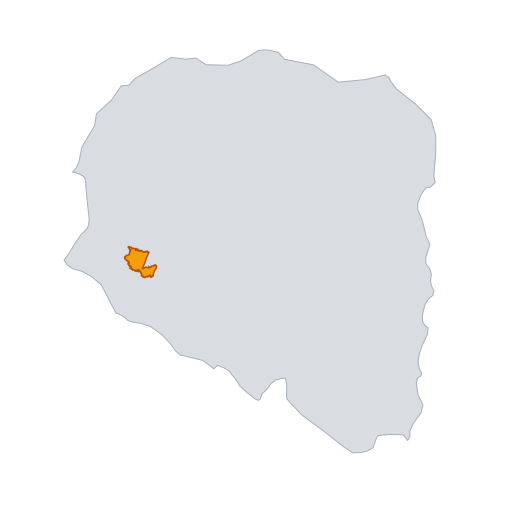 Arbolito, Cerro Largo, Uruguay (highlighted), rotated 174°
{"feature_id": "84410073B155313044366", "entity_name": "Arbolito", "entity_type": "district", "adm_level": 2, "iso_a3": "URY", "parent_name": "Uruguay", "parent_adm1": "Cerro Largo", "projection": "mercator", "projection_center": [-54.143, -32.623], "detail": "fine", "context": "in_parent", "style": "filled", "palette": "amber", "viewbox_px": 512, "rotation_deg": 174, "n_neighbors": 0, "source": "geoboundaries", "source_scale": "gbopen_adm2", "svg_char_len": 6497}
<svg xmlns="http://www.w3.org/2000/svg" viewBox="0 0 512 512"><g transform="rotate(174 256 256)"><path d="M429.6,358.6L426.1,361.8L422.3,367.9L417.8,382.5L402.8,402.6L399.8,414.1L383.6,426.0L372.2,439.4L364.7,439.1L358.0,444.9L319.3,462.4L305.5,459.1L295.2,459.2L285.6,451.4L263.8,448.6L250.2,451.7L231.8,460.2L226.3,460.1L222.3,459.6L212.4,456.1L206.9,448.6L178.7,440.0L156.0,420.3L129.1,420.0L108.6,422.5L105.4,419.9L103.3,414.9L99.1,407.7L81.4,390.4L67.5,373.3L64.7,356.6L66.7,338.4L70.8,316.9L70.1,310.3L75.2,306.4L80.3,305.7L85.2,300.1L89.6,291.8L90.3,285.5L86.9,273.8L84.6,257.5L81.8,249.4L87.4,236.6L87.7,230.4L84.4,224.9L83.5,219.3L85.0,213.6L84.7,208.1L82.7,202.8L84.2,198.4L89.4,194.9L93.2,189.6L95.8,182.5L97.1,177.1L97.1,173.3L95.6,169.8L92.4,166.4L93.9,159.8L100.0,149.9L104.0,141.2L105.8,133.5L105.6,127.4L103.6,122.7L104.5,119.5L108.2,117.8L109.9,112.9L109.3,100.6L105.5,90.5L108.4,82.5L117.0,73.2L121.4,65.7L121.8,60.1L124.4,56.8L128.5,62.9L140.6,64.5L152.8,64.8L154.8,63.2L159.6,53.2L165.9,50.3L172.8,49.6L180.3,50.1L188.3,56.7L211.0,78.5L227.6,93.6L232.7,100.7L237.1,106.1L240.4,111.1L239.0,124.1L239.2,129.8L240.0,131.4L243.7,131.5L249.4,130.6L254.1,127.8L257.8,123.7L261.5,120.3L264.4,118.4L265.5,115.7L267.1,112.8L268.9,112.2L272.2,114.3L279.9,121.8L285.9,128.6L287.4,132.6L289.7,136.7L292.2,140.2L294.0,143.7L299.8,148.3L305.7,151.2L309.7,148.2L319.8,157.7L342.0,165.6L346.1,170.4L349.9,177.2L357.7,187.6L368.4,196.9L377.1,200.9L385.4,203.1L390.0,205.2L393.2,208.7L398.3,212.6L401.5,214.0L402.6,217.5L405.8,225.0L409.3,234.6L413.0,243.5L421.1,252.1L430.2,258.7L439.7,262.5L445.0,267.2L447.3,272.0L440.9,279.2L434.0,288.3L427.9,295.5L421.5,300.5L419.5,303.9L418.1,309.3L418.1,337.7L417.6,348.3L418.1,351.1L419.0,353.0L422.9,355.8L427.7,358.2L429.6,358.6Z" fill="#d9dde1" stroke="#a8b0b8" stroke-width="1"/><path d="M362.2,270.7L362.3,270.7L362.4,270.8L362.4,271.0L362.7,271.1L362.9,270.7L363.0,270.7L363.0,270.8L363.1,271.0L363.3,271.2L363.3,271.3L363.5,271.4L363.7,271.5L363.6,271.8L363.6,272.0L363.8,271.9L364.1,271.8L364.3,271.9L364.4,272.0L364.5,271.9L364.8,271.7L365.2,271.6L365.4,271.7L365.5,271.8L366.1,271.6L366.3,271.8L366.3,272.0L366.5,272.0L366.7,271.8L366.9,271.7L367.0,271.5L367.3,271.5L367.4,271.8L367.7,271.8L367.8,271.9L367.8,272.1L367.9,272.3L368.0,272.3L368.1,272.2L368.3,272.4L368.3,272.5L368.6,272.9L368.7,273.0L368.8,273.0L369.1,272.7L369.3,272.7L369.6,272.8L369.8,272.9L369.8,273.1L369.8,273.4L369.8,273.5L369.7,273.6L369.8,273.7L370.0,273.7L371.2,273.3L371.3,273.2L371.4,273.3L371.5,273.3L371.8,273.3L372.0,273.3L372.0,273.6L371.9,273.8L372.0,273.8L372.3,274.0L372.5,273.9L372.8,273.4L373.0,273.5L373.1,273.9L373.1,274.1L373.1,274.3L372.9,274.8L372.8,275.0L373.1,275.2L373.3,275.2L373.4,274.9L373.5,274.8L374.0,274.8L373.9,275.0L374.0,275.3L374.8,274.1L375.0,274.1L375.0,274.3L374.8,274.5L374.7,274.9L374.8,275.0L375.0,275.0L375.2,274.9L375.4,274.9L375.5,274.9L375.5,275.0L375.4,275.3L375.1,275.4L374.9,275.5L375.0,275.6L375.1,275.9L375.2,276.0L375.4,275.9L375.6,275.9L375.8,276.0L376.0,275.9L376.6,276.2L376.8,276.2L376.9,276.4L376.9,276.5L377.0,276.6L377.6,276.5L377.9,276.5L378.2,276.6L378.3,277.0L378.5,277.1L378.9,276.9L379.0,277.0L379.2,277.8L379.3,277.9L379.5,277.9L379.8,277.7L380.0,277.7L380.1,277.8L380.3,277.9L380.5,278.0L380.8,278.4L381.0,278.4L381.3,278.4L381.4,278.5L381.6,278.5L381.9,278.7L382.0,278.6L382.0,278.3L382.1,278.2L381.8,278.0L381.5,277.7L381.4,277.7L381.2,277.6L381.3,277.3L381.4,277.1L381.2,277.0L380.9,276.9L380.9,276.4L381.0,276.2L380.9,276.1L380.9,275.9L381.1,275.7L380.9,275.5L380.6,275.5L380.5,275.4L380.4,275.3L380.5,275.1L380.4,275.1L380.5,275.0L380.4,274.8L380.5,274.8L380.6,274.5L380.7,274.4L380.4,274.2L380.5,274.0L380.5,273.8L380.8,273.8L381.0,273.8L381.1,273.7L381.3,273.3L381.3,273.1L381.3,272.8L381.4,272.5L381.5,272.1L381.6,271.9L381.7,271.6L381.7,271.4L381.8,271.1L382.0,271.0L382.1,270.8L382.4,270.5L382.5,270.5L382.9,270.4L383.1,270.3L383.2,270.2L383.5,269.9L384.1,270.0L384.5,270.2L385.0,270.1L385.2,269.9L385.4,269.5L385.5,269.4L385.7,269.2L385.8,268.9L385.9,268.7L386.1,268.7L386.2,268.8L386.4,268.8L386.5,268.9L386.8,268.4L386.9,268.0L386.8,267.7L386.6,267.6L386.6,266.8L385.7,266.1L385.6,265.8L385.4,265.5L385.3,264.9L385.0,264.8L384.4,264.8L384.0,264.4L383.9,263.9L383.6,263.8L383.1,263.9L382.9,263.6L383.0,263.4L383.4,263.2L383.7,263.1L383.8,262.8L383.7,262.7L383.3,262.6L383.0,262.6L382.9,262.3L382.9,261.7L383.1,261.6L383.4,261.6L383.6,261.6L383.8,261.8L384.1,261.8L384.2,261.6L384.1,261.1L383.7,260.6L383.5,260.2L383.4,260.0L383.0,260.0L382.6,259.6L382.7,259.4L382.9,259.2L382.7,259.0L382.3,258.8L382.0,258.9L381.7,259.0L381.5,258.7L381.3,258.4L381.3,257.7L381.2,257.1L381.4,257.0L381.6,257.0L381.9,257.1L382.3,257.3L382.6,257.3L382.7,257.2L382.7,256.8L382.5,256.6L382.1,256.5L381.7,256.5L381.4,256.3L381.2,255.8L381.0,255.7L380.4,255.7L380.3,255.1L380.1,254.8L379.9,254.8L379.7,255.0L379.6,255.4L379.4,255.4L379.1,255.3L379.1,254.8L378.8,254.7L378.6,254.7L378.5,254.4L378.3,254.2L378.0,254.1L377.8,254.3L377.5,254.3L377.4,254.1L377.4,253.8L377.5,253.6L377.4,253.4L376.9,253.3L376.7,253.5L376.7,253.8L376.6,254.1L376.4,254.1L376.2,253.8L376.1,253.5L375.9,253.4L375.7,253.4L375.4,253.6L375.4,254.0L375.4,254.4L375.0,254.6L374.7,254.7L374.3,254.8L374.1,254.5L373.9,254.1L374.1,253.8L374.6,253.2L374.6,252.7L373.7,252.7L373.5,252.8L373.4,253.1L373.0,253.3L372.7,253.0L372.7,252.3L372.4,252.0L372.3,251.5L372.1,251.2L372.3,250.9L372.2,250.7L371.8,250.4L371.7,250.3L371.6,249.7L371.7,249.0L371.9,248.9L372.0,248.8L371.8,248.3L371.3,248.0L371.0,247.8L371.0,247.3L371.0,247.1L370.8,247.0L370.3,247.4L370.0,247.3L369.9,246.9L369.7,246.7L369.6,246.4L369.3,246.3L368.9,246.2L368.3,246.2L367.9,246.6L367.4,246.7L367.2,246.9L366.7,247.1L366.4,247.0L366.2,246.7L365.7,246.7L365.8,247.0L365.7,247.3L365.4,247.3L365.1,247.5L364.8,247.5L364.6,247.3L364.4,247.3L364.3,247.5L364.2,247.7L364.0,247.8L363.2,247.9L363.2,247.0L363.3,246.4L362.8,245.8L362.1,245.9L361.8,246.0L361.7,246.2L361.7,246.5L361.6,246.8L360.4,246.8L359.5,249.9L359.4,250.4L356.3,254.8L356.1,255.5L356.0,256.3L356.9,257.7L357.5,257.6L357.8,257.6L357.6,257.0L361.2,256.9L361.3,256.8L361.3,256.0L361.4,255.9L361.9,256.0L362.0,256.0L362.1,255.8L362.8,255.7L363.6,256.4L363.6,256.2L363.7,255.4L363.9,255.3L364.4,255.6L366.2,256.4L366.5,256.4L367.6,256.2L369.0,255.3L370.1,255.3L370.3,255.3L370.2,255.9L369.8,256.5L368.5,258.7L367.4,260.5L365.7,264.4L364.1,267.5L363.3,268.7L362.2,270.7Z" fill="#f59e0b" stroke="#b45309" stroke-width="1.5"/></g></svg>